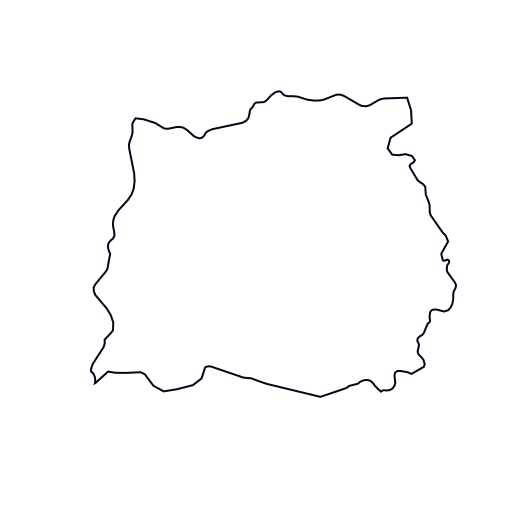 the Region of Maule, rotated 345°
{"feature_id": "CHL-2705", "entity_name": "Maule", "entity_type": "Region", "adm_level": 1, "iso_a3": "CHL", "parent_name": "Chile", "parent_adm1": "", "projection": "mercator", "projection_center": [-71.352, -35.623], "detail": "fine", "context": "isolated", "style": "outline", "palette": "ink", "viewbox_px": 512, "rotation_deg": 345, "n_neighbors": 0, "source": "natural_earth", "source_scale": "10m", "svg_char_len": 2970}
<svg xmlns="http://www.w3.org/2000/svg" viewBox="0 0 512 512"><g transform="rotate(345 256 256)"><path d="M442.9,142.2L443.5,155.3L440.7,168.5L416.6,176.6L411.0,186.1L413.8,193.4L420.0,195.6L427.0,196.4L432.5,199.8L434.3,204.6L432.4,206.4L429.3,207.2L427.6,208.8L428.0,211.7L431.6,224.3L433.8,227.5L436.1,230.0L437.4,232.9L435.9,240.7L436.8,248.3L436.8,252.1L435.1,259.1L435.3,262.1L442.3,281.4L444.6,285.6L445.3,291.7L435.5,301.8L435.4,308.6L436.7,309.4L440.1,309.0L441.2,310.4L441.0,311.9L440.0,313.1L438.7,314.1L437.9,315.2L436.7,318.8L436.7,321.1L441.2,332.8L441.7,335.8L440.7,338.2L438.0,341.2L437.0,343.0L435.1,349.3L433.9,351.8L433.2,353.1L430.7,356.1L427.6,358.1L423.3,358.3L416.2,354.3L412.6,353.6L410.6,354.4L409.5,355.7L408.0,359.5L407.7,360.5L407.5,363.0L407.0,364.3L406.4,364.9L404.6,365.7L403.9,366.3L398.2,373.8L396.1,375.3L393.2,376.1L391.8,376.8L390.6,377.9L389.9,379.7L390.1,381.3L390.5,382.9L390.3,384.5L387.7,389.4L387.3,391.0L387.7,393.5L390.1,397.6L390.9,399.8L390.9,404.3L389.4,406.5L375.7,410.1L374.6,409.4L373.6,408.4L372.3,407.5L366.2,404.6L362.8,403.7L360.1,404.7L358.8,407.4L357.7,414.6L355.9,417.6L353.1,419.5L350.3,420.1L347.4,419.7L344.3,418.6L341.5,419.3L341.3,418.9L339.4,416.0L337.3,412.2L336.2,409.4L335.1,407.3L333.6,405.7L331.7,404.7L329.0,404.0L326.0,404.1L323.4,404.7L321.5,405.7L312.3,405.6L309.6,406.8L307.1,407.1L281.7,408.7L233.1,382.2L224.7,376.5L219.7,372.9L212.4,370.2L183.3,350.7L180.8,350.2L179.6,350.2L178.7,350.3L177.7,350.9L171.7,360.2L161.7,364.4L144.8,364.2L131.9,362.9L123.4,354.9L117.9,341.3L114.4,338.4L100.7,335.4L90.2,332.5L83.2,329.4L68.2,337.0L67.5,337.2L67.9,336.5L69.0,332.4L69.0,330.7L68.6,328.4L68.1,326.6L66.7,324.9L67.4,322.8L68.4,320.8L70.5,317.9L85.1,304.7L87.2,301.4L88.1,297.7L96.6,292.4L98.7,290.7L100.9,283.2L100.4,275.4L98.2,268.0L90.7,252.1L90.2,248.2L91.1,244.3L93.4,241.8L107.8,231.5L109.2,229.9L113.0,221.8L115.7,216.2L115.3,213.6L115.1,211.0L115.5,208.4L116.7,205.7L119.2,203.6L122.0,202.3L124.3,200.3L125.3,196.0L125.5,191.6L126.2,187.7L127.6,184.2L129.6,181.1L134.9,176.3L146.6,168.8L151.8,164.3L155.5,158.9L158.1,152.3L159.7,144.7L161.3,119.7L162.1,115.4L164.1,111.9L166.6,108.6L168.7,104.8L170.8,96.3L171.6,95.2L175.2,91.9L175.5,91.9L182.9,94.9L193.0,101.4L200.0,108.7L202.0,109.8L204.8,110.4L213.2,110.9L217.2,112.2L219.3,113.5L222.2,116.7L227.1,124.3L229.0,126.0L231.9,127.7L234.3,127.8L236.4,126.8L238.0,125.4L239.4,123.9L242.3,122.8L246.7,122.2L277.1,123.8L281.2,122.9L284.1,121.1L285.5,118.9L287.7,114.2L288.7,112.8L290.4,111.9L291.4,111.1L293.7,108.7L295.5,107.8L303.6,109.4L306.2,108.5L312.5,104.6L316.7,103.0L319.5,102.7L321.5,103.1L322.3,103.7L323.0,104.7L324.1,107.0L325.6,108.5L328.1,109.9L333.4,111.3L337.6,112.9L345.7,118.1L352.5,121.0L358.2,122.3L362.4,122.5L375.4,121.0L379.1,121.9L382.6,124.3L395.3,137.1L396.0,137.6L397.5,138.6L400.1,139.6L402.8,139.9L405.4,139.7L414.4,137.2L417.2,136.8L420.5,137.0L442.9,142.2Z" fill="none" stroke="#020617" stroke-width="2"/></g></svg>